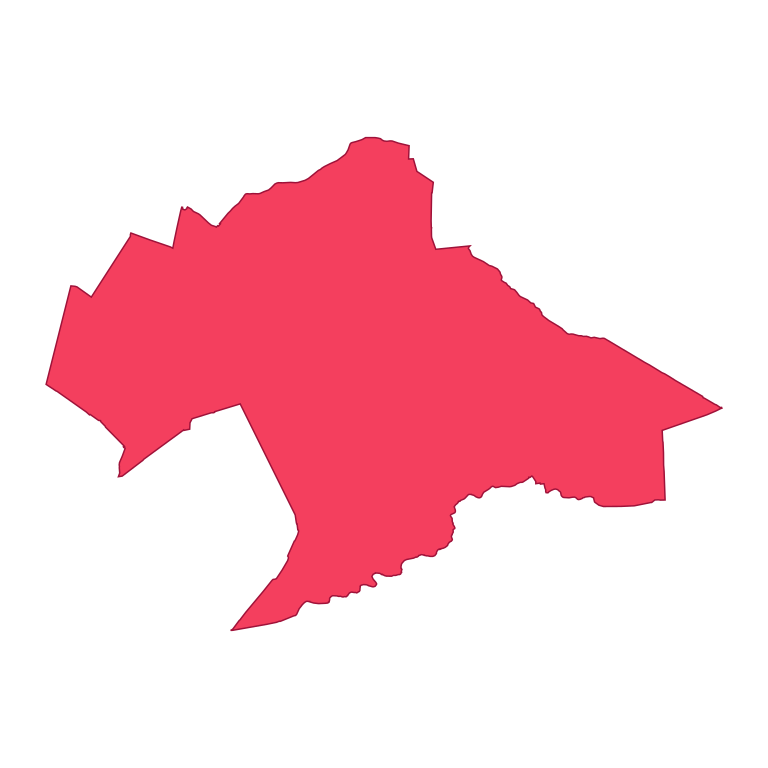 the district of Nieuwkoop, Zuid-Holland, Netherlands
{"feature_id": "6326949B12363687207938", "entity_name": "Nieuwkoop", "entity_type": "district", "adm_level": 2, "iso_a3": "NLD", "parent_name": "Netherlands", "parent_adm1": "Zuid-Holland", "projection": "equal_earth", "projection_center": [4.798, 52.168], "detail": "fine", "context": "isolated", "style": "filled", "palette": "rose", "viewbox_px": 768, "rotation_deg": 0, "n_neighbors": 0, "source": "geoboundaries", "source_scale": "gbopen_adm2", "svg_char_len": 6120}
<svg xmlns="http://www.w3.org/2000/svg" viewBox="0 0 768 768"><path d="M198.4,213.8L193.5,211.5L191.1,209.0L187.5,207.0L186.9,207.8L186.8,208.7L184.9,209.9L182.8,209.3L182.8,208.4L182.4,208.3L182.5,207.3L182.0,207.2L181.9,206.6L180.7,211.0L177.2,226.7L174.0,241.9L172.8,248.2L170.3,246.9L150.1,240.0L130.9,233.0L130.4,234.4L130.4,236.4L91.3,297.1L77.0,286.9L75.0,286.3L70.9,285.9L46.1,384.4L56.1,391.0L56.8,391.2L61.1,394.2L86.3,412.0L89.5,414.9L90.2,414.5L98.6,420.4L100.5,420.6L100.5,421.1L100.9,421.8L105.2,426.2L105.5,427.1L124.4,446.3L123.4,446.8L123.8,447.5L125.2,448.2L122.3,456.1L119.5,462.6L119.2,464.9L119.4,466.2L119.3,467.9L119.7,473.1L118.4,476.7L122.2,476.1L142.9,460.3L143.8,459.2L183.7,429.9L183.9,430.4L189.7,429.2L190.0,422.8L192.1,418.7L211.2,412.8L213.7,412.7L214.6,412.3L214.6,411.7L240.2,403.9L295.2,514.9L296.3,522.4L296.6,523.7L296.8,524.2L297.1,524.1L297.8,529.9L298.4,530.2L298.6,531.5L297.6,534.9L295.5,539.6L294.7,541.0L294.3,541.1L287.9,555.5L287.7,556.1L288.0,556.4L288.4,557.4L288.4,558.3L287.6,560.7L282.1,570.1L276.7,578.2L276.3,578.7L275.0,579.2L273.1,579.4L272.0,580.4L263.3,591.3L245.9,612.1L240.6,619.0L240.5,619.4L239.2,620.5L233.1,628.7L232.3,629.5L230.6,630.4L232.7,630.3L267.3,624.2L276.6,622.3L279.4,621.2L279.9,621.4L280.9,621.1L293.9,615.8L295.2,615.6L296.2,614.9L296.7,614.2L299.2,608.7L301.8,605.4L301.7,605.3L304.4,602.6L306.2,601.4L307.9,601.3L309.9,601.9L310.0,601.7L310.2,602.0L313.6,603.0L318.6,603.6L325.3,603.3L327.8,603.0L328.9,602.2L328.7,601.9L329.2,601.7L329.6,599.9L329.6,598.6L329.9,597.8L331.3,596.4L332.6,595.7L336.9,595.9L338.6,596.4L340.7,596.3L342.2,596.9L343.7,596.9L344.4,596.6L346.1,596.8L347.5,595.7L347.4,595.6L349.4,593.0L351.0,592.2L351.9,592.1L354.0,592.5L355.6,592.5L356.7,592.9L357.8,592.4L358.6,591.6L359.3,591.5L359.9,590.4L360.0,588.4L360.3,586.5L360.1,586.2L361.1,585.2L364.0,584.5L365.1,584.8L365.8,584.6L368.0,585.3L368.2,585.6L372.5,586.8L373.6,586.8L375.1,586.3L376.5,584.5L376.6,583.7L375.8,582.3L373.1,579.1L371.9,576.5L373.1,574.3L375.0,573.4L375.3,572.9L375.7,573.2L376.5,573.0L379.6,573.3L380.8,573.8L381.3,574.4L382.2,574.7L382.4,574.4L384.5,575.6L386.3,576.1L391.7,576.2L393.3,575.4L395.7,575.4L398.2,574.6L399.3,574.6L400.5,574.1L400.7,573.8L401.1,573.1L401.3,571.7L401.5,571.8L401.4,571.0L401.8,569.8L401.6,569.8L401.5,568.4L401.0,568.2L401.0,566.6L401.5,564.1L402.0,563.2L404.4,560.5L406.6,559.5L413.7,558.1L416.0,557.0L416.8,557.2L418.4,556.2L418.7,555.5L419.8,555.3L421.1,554.6L424.1,555.0L424.1,555.3L426.9,555.9L427.6,555.8L430.1,556.4L432.8,556.4L434.8,555.6L436.4,553.6L436.5,552.2L437.6,550.1L438.9,549.3L439.7,549.5L440.4,549.2L440.0,548.9L443.3,548.2L445.1,547.4L447.0,546.0L447.8,545.0L447.8,544.4L449.2,542.4L450.9,541.3L451.3,541.2L452.3,539.9L452.3,539.2L451.5,537.1L451.4,536.2L451.7,535.3L452.2,534.7L452.1,534.3L453.2,532.2L453.1,530.0L453.2,529.5L454.7,528.6L454.9,528.0L454.3,526.5L453.0,524.4L452.9,523.7L453.1,523.6L453.1,523.2L452.3,521.7L452.1,518.3L450.6,516.2L450.4,515.5L450.9,514.6L454.7,512.8L455.2,512.1L455.4,511.3L455.3,510.0L454.2,506.8L455.6,504.8L457.1,503.6L457.7,502.8L458.1,502.6L458.3,501.6L459.1,501.1L459.5,501.4L459.9,501.3L460.8,500.3L464.0,499.0L465.1,498.1L468.3,494.7L468.9,494.4L471.4,494.4L471.4,494.6L474.0,495.4L475.9,496.8L478.1,497.7L479.5,497.8L480.6,497.4L481.5,496.6L482.6,494.0L483.8,492.2L488.7,489.2L490.2,488.0L490.9,487.2L492.3,486.3L493.3,486.4L495.5,487.6L498.3,487.2L501.3,486.3L509.7,486.7L511.2,486.5L514.9,485.3L517.2,483.6L520.1,482.4L522.1,482.3L523.0,482.0L528.7,478.2L528.9,477.9L528.8,477.3L530.2,477.3L531.7,476.1L532.3,476.3L533.1,477.3L535.8,481.5L535.8,483.7L540.1,483.1L540.4,484.1L544.0,483.7L545.0,488.1L545.7,489.7L545.7,491.7L546.1,492.7L548.0,492.8L548.8,491.9L551.0,490.5L553.8,489.3L555.4,489.0L557.6,489.6L559.0,490.9L560.1,491.7L560.6,492.4L561.2,495.3L561.6,496.0L562.7,497.1L563.8,497.5L569.1,497.8L572.6,497.2L574.6,497.1L575.9,497.7L577.6,499.3L578.5,499.6L580.2,499.3L582.3,498.4L582.7,497.9L584.6,497.4L585.1,497.0L589.4,496.5L591.3,496.6L592.2,497.3L593.5,497.7L594.5,501.8L594.9,502.3L598.9,505.2L603.4,506.5L620.7,506.4L634.4,505.8L651.4,502.4L651.7,502.5L654.8,500.0L658.2,499.8L660.5,500.1L665.1,500.0L664.1,471.6L663.6,465.0L663.5,452.9L663.0,442.1L662.7,441.2L662.2,430.4L706.9,414.8L715.6,411.1L719.7,409.1L719.6,408.9L721.9,408.2L721.6,407.4L720.2,407.5L716.4,404.9L714.8,404.3L704.2,398.1L703.2,397.8L702.6,396.4L675.4,380.5L669.8,376.9L664.6,373.8L662.0,372.7L649.5,365.0L644.7,362.4L604.4,338.4L603.0,338.2L599.9,338.6L594.2,337.3L591.0,337.9L588.6,336.9L586.5,336.3L583.2,336.4L581.6,335.8L578.6,335.7L573.0,334.1L571.0,334.0L569.0,334.3L567.1,333.5L563.2,330.0L562.1,328.7L559.4,326.9L548.8,320.5L543.4,316.4L541.9,314.8L541.5,312.5L540.2,310.9L539.6,309.4L539.0,308.8L535.4,307.1L534.0,304.2L533.6,303.5L530.8,302.9L527.6,300.0L520.4,296.6L519.1,295.5L516.9,292.5L514.7,289.9L513.9,289.5L510.7,288.6L509.7,286.7L507.7,285.4L506.2,283.2L504.4,282.4L501.5,280.5L501.3,279.8L501.9,277.6L501.8,276.4L500.5,274.1L500.0,272.1L497.5,269.0L491.9,266.2L489.2,265.5L483.4,261.6L474.3,257.4L472.5,256.2L471.2,254.2L470.0,250.7L468.4,248.6L468.6,247.4L470.0,245.9L435.8,249.3L431.7,237.8L431.5,236.0L431.4,228.4L431.7,227.9L431.3,227.5L431.1,220.8L431.6,193.3L431.7,192.8L432.1,192.8L433.3,182.3L416.9,171.4L413.3,158.8L408.6,159.0L409.1,145.7L398.3,143.1L392.2,141.0L390.0,140.9L386.9,141.3L384.2,141.0L382.5,140.3L380.5,138.7L378.2,138.1L375.0,137.6L365.6,137.6L362.2,139.5L360.3,140.2L355.9,141.6L352.0,142.6L350.9,143.1L350.1,144.1L348.1,149.8L346.1,153.3L345.2,154.5L337.1,160.6L330.3,163.6L324.3,166.6L321.8,168.2L320.5,169.4L318.4,170.4L308.4,178.5L305.1,180.3L297.9,182.5L295.5,182.7L290.6,182.4L282.9,182.8L278.5,182.7L277.0,183.0L274.9,184.0L271.1,187.9L268.6,190.0L264.1,191.6L259.9,193.5L258.2,193.8L252.8,193.6L249.8,193.9L247.0,193.7L245.5,194.1L244.2,195.7L243.4,197.1L238.7,203.4L235.0,206.2L232.5,208.5L230.4,211.0L228.0,213.3L219.6,223.5L220.4,223.9L218.4,226.1L217.7,225.7L216.3,227.1L215.3,226.5L211.5,225.3L210.7,224.7L208.4,222.9L200.0,214.9L198.4,213.8Z" fill="#f43f5e" stroke="#9f1239" stroke-width="1.5"/></svg>